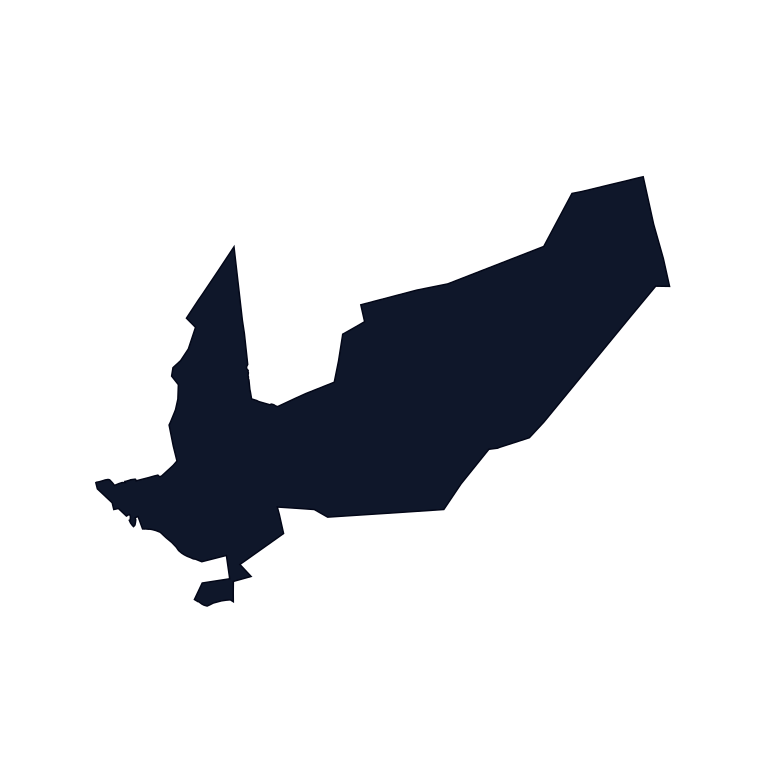 San Andrés Zautla, Oaxaca, Mexico (Natural Earth projection), rotated 165°
{"feature_id": "50627088B86831470894545", "entity_name": "San Andrés Zautla", "entity_type": "district", "adm_level": 2, "iso_a3": "MEX", "parent_name": "Mexico", "parent_adm1": "Oaxaca", "projection": "natural_earth1", "projection_center": [-96.857, 17.182], "detail": "fine", "context": "isolated", "style": "filled", "palette": "ink", "viewbox_px": 768, "rotation_deg": 165, "n_neighbors": 0, "source": "geoboundaries", "source_scale": "gbopen_adm2", "svg_char_len": 2577}
<svg xmlns="http://www.w3.org/2000/svg" viewBox="0 0 768 768"><g transform="rotate(165 384 384)"><path d="M557.8,498.7L551.6,487.9L551.4,487.5L563.9,468.5L574.4,459.2L583.6,454.4L587.1,446.6L582.8,436.6L587.0,422.8L592.0,413.2L593.6,411.0L600.0,402.6L602.2,400.0L603.6,378.7L603.9,363.2L608.8,359.9L615.5,356.4L622.8,352.6L624.8,352.5L626.0,354.5L629.7,354.6L635.6,354.5L644.4,354.6L648.5,354.6L648.6,355.5L648.6,355.9L648.6,356.1L648.7,356.3L648.9,356.4L649.1,356.5L652.1,356.9L653.0,357.0L653.7,357.1L654.0,357.0L654.8,356.9L658.6,356.8L659.5,356.9L659.3,355.7L660.0,355.9L661.6,356.3L662.4,356.6L666.0,356.4L670.6,355.8L671.0,356.9L671.9,358.9L673.6,362.1L673.9,362.5L674.4,362.8L675.3,363.2L676.2,363.3L678.3,363.5L679.8,363.4L682.6,363.3L684.5,363.3L687.2,363.5L687.9,363.3L688.0,356.9L677.3,339.6L677.5,332.7L672.8,332.5L667.0,323.1L665.9,323.4L664.6,323.8L663.6,323.8L663.2,322.0L663.6,320.6L664.3,318.5L665.3,318.3L664.8,315.4L663.8,312.8L662.9,311.1L661.4,311.9L660.7,312.9L659.9,314.6L658.9,317.1L659.0,319.2L656.0,319.8L655.7,317.6L654.7,306.5L654.1,306.4L653.5,306.1L651.7,305.7L649.6,304.9L647.3,304.2L645.4,303.3L642.3,301.5L638.5,298.7L634.4,292.1L632.8,289.8L630.1,286.0L627.0,280.4L625.5,276.3L623.2,273.0L621.2,270.8L618.7,268.5L615.8,266.4L613.8,264.7L612.6,264.0L611.7,263.8L606.0,259.5L580.6,259.2L583.1,238.5L583.5,235.8L584.5,235.9L611.1,238.8L622.9,224.9L620.0,221.9L619.5,221.9L616.8,218.5L615.0,216.9L612.3,215.3L609.3,215.8L605.6,216.6L597.1,216.6L592.2,216.0L588.3,215.3L585.9,212.7L583.7,221.2L580.6,232.3L562.2,232.5L569.9,247.0L563.3,249.4L553.9,252.9L525.6,263.4L519.7,265.6L518.9,285.0L518.9,292.8L501.2,286.8L483.8,280.8L472.9,270.0L439.8,263.4L406.8,256.8L358.7,247.3L335.3,267.7L299.6,293.8L290.8,292.6L289.0,292.9L257.5,294.5L239.5,305.8L128.8,385.1L126.4,386.8L96.2,408.2L82.9,404.4L81.7,432.9L82.2,468.6L80.0,517.1L84.8,517.3L103.3,517.7L113.8,518.0L143.0,518.7L153.1,519.4L194.1,475.5L296.6,464.2L327.9,466.2L385.9,466.5L386.6,449.2L398.9,445.9L411.0,442.8L412.0,440.4L422.0,417.9L431.6,398.6L462.0,395.0L472.9,393.2L492.6,389.7L494.4,390.9L495.8,392.5L496.0,392.6L497.8,393.7L498.8,393.7L499.3,393.3L509.3,399.3L510.4,400.2L511.1,400.9L514.7,403.2L515.7,403.8L515.7,404.0L515.7,404.5L515.1,411.1L515.0,413.2L514.9,414.0L513.4,423.0L513.7,423.8L513.1,426.0L513.1,427.7L512.6,428.6L512.1,429.9L512.1,431.3L511.7,432.3L512.5,433.9L512.7,435.1L512.4,435.6L512.3,436.2L511.0,437.7L510.6,438.1L505.8,468.9L504.3,482.3L493.4,555.3L514.4,536.7L536.4,517.5L541.6,513.1L557.8,498.7Z" fill="#0f172a" stroke="#020617" stroke-width="1.5"/></g></svg>